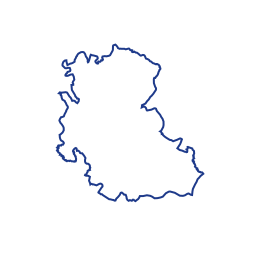 Bo, Southern, Sierra Leone (Mercator projection), rotated 120°
{"feature_id": "65957751B93581480515289", "entity_name": "Bo", "entity_type": "district", "adm_level": 2, "iso_a3": "SLE", "parent_name": "Sierra Leone", "parent_adm1": "Southern", "projection": "mercator", "projection_center": [-11.769, 7.985], "detail": "fine", "context": "isolated", "style": "outline", "palette": "blue", "viewbox_px": 256, "rotation_deg": 120, "n_neighbors": 0, "source": "geoboundaries", "source_scale": "gbopen_adm2", "svg_char_len": 5901}
<svg xmlns="http://www.w3.org/2000/svg" viewBox="0 0 256 256"><g transform="rotate(120 128 128)"><path d="M168.1,183.8L170.5,182.1L171.7,180.8L172.2,179.9L172.3,177.3L173.1,176.0L174.8,175.9L175.4,176.9L176.6,177.1L176.8,178.0L177.4,178.3L177.6,179.2L178.0,179.6L178.4,179.6L178.3,179.2L179.2,178.6L179.2,179.4L180.1,179.3L180.5,179.5L180.8,178.2L182.0,178.3L182.3,177.6L183.1,178.0L183.6,176.3L184.0,176.1L183.9,174.5L184.7,173.7L185.2,173.6L184.4,172.5L184.7,171.9L185.4,171.6L184.8,170.9L184.8,170.5L185.6,170.1L185.0,169.6L185.7,168.7L186.3,168.9L187.0,168.9L187.4,166.2L186.9,166.0L186.8,165.4L187.3,164.9L187.3,164.3L186.8,164.1L186.1,163.1L185.9,162.2L185.5,162.1L185.1,161.7L185.0,160.0L184.4,159.1L184.1,157.8L183.5,157.7L183.2,156.7L182.3,156.7L181.6,157.2L180.8,157.4L179.5,158.7L178.7,159.1L178.7,159.9L177.8,160.9L177.6,161.8L176.3,162.2L175.8,162.8L176.1,163.1L175.6,163.3L175.6,164.0L174.9,164.3L173.2,164.1L172.2,163.8L171.4,163.2L171.5,162.3L173.3,160.8L172.5,159.7L172.7,158.2L173.6,156.9L173.3,155.8L172.8,155.0L174.1,151.9L175.3,149.8L176.8,149.4L178.3,148.6L179.3,147.6L179.6,146.1L178.9,144.7L179.1,143.8L179.0,143.5L179.4,142.5L180.2,141.8L181.0,141.5L181.3,140.8L182.7,140.7L183.3,140.0L183.9,140.7L184.3,140.7L184.6,141.2L185.5,141.5L186.3,141.0L187.8,141.1L189.3,140.8L189.8,141.7L190.4,141.6L190.3,140.4L189.6,139.3L189.3,138.4L189.3,136.6L193.1,135.4L194.7,133.3L195.7,132.4L195.1,132.2L194.5,131.5L194.6,130.5L194.1,129.8L193.4,126.6L190.6,124.8L189.8,123.8L189.8,122.4L190.3,121.5L191.5,120.8L192.9,121.1L198.5,121.5L198.8,121.1L198.7,119.7L199.0,118.5L198.4,117.5L198.7,116.2L199.1,108.7L198.6,107.7L197.9,105.2L197.5,104.4L197.7,103.5L197.1,102.6L195.1,102.8L193.0,102.2L190.3,101.7L187.8,101.9L187.0,101.1L187.3,99.7L187.2,99.2L187.7,98.1L187.0,96.6L188.3,95.0L189.8,93.8L190.6,92.4L190.7,91.0L189.5,90.3L189.1,88.3L187.8,88.1L187.3,87.2L187.6,86.2L187.6,85.0L185.5,84.2L184.6,83.7L182.8,83.5L181.0,83.7L179.5,81.0L176.8,78.0L175.6,74.8L175.4,72.7L175.6,69.9L174.0,67.4L171.8,65.0L170.0,63.5L165.6,62.6L162.8,60.9L162.0,59.9L160.7,55.1L160.7,49.3L159.3,46.5L157.9,45.1L155.3,43.7L154.4,42.7L154.4,40.1L154.0,39.0L150.6,40.5L148.4,41.3L143.3,41.7L140.3,41.7L138.4,42.0L137.5,42.1L135.2,41.5L133.3,41.2L130.0,39.9L129.6,40.8L129.4,41.7L130.1,42.8L129.9,43.4L130.4,44.2L130.4,45.5L129.8,45.8L129.6,46.1L129.9,46.4L129.4,47.7L128.6,47.5L128.3,47.8L128.7,48.5L128.3,49.2L128.0,50.7L127.0,50.8L126.6,51.2L125.7,52.4L125.8,52.8L125.1,54.0L124.8,54.2L124.7,53.6L124.3,53.8L124.2,54.5L124.5,54.8L124.3,55.3L124.0,55.2L124.0,54.8L123.6,54.9L123.5,55.3L123.7,55.6L123.5,56.0L122.4,55.7L121.1,56.4L120.9,56.0L120.4,56.7L120.0,56.7L119.7,56.9L119.6,57.6L119.1,57.9L118.5,57.6L118.2,57.8L117.1,57.9L115.3,59.1L114.8,59.6L114.5,61.2L113.6,62.1L114.4,66.1L114.4,66.6L114.6,66.9L115.8,66.1L116.7,66.2L117.1,66.5L117.2,65.8L118.3,65.1L119.2,64.8L119.8,65.4L119.7,66.1L120.2,67.0L120.5,69.8L121.2,72.2L120.9,75.1L115.9,74.8L113.0,75.2L111.9,75.6L111.1,75.5L110.7,75.9L110.8,77.3L111.1,77.8L113.8,79.7L116.9,82.3L116.8,84.4L117.4,85.9L117.3,89.8L117.1,92.0L116.6,94.2L115.8,95.1L116.2,95.6L115.8,95.7L115.8,96.1L115.4,96.2L115.2,96.8L114.8,97.4L114.8,98.4L114.1,98.0L113.4,97.9L109.6,98.0L107.6,98.7L104.6,100.5L102.7,102.8L101.9,104.6L100.5,106.8L98.8,111.6L97.3,113.4L97.3,114.0L97.8,115.1L100.4,116.9L103.3,120.2L103.2,120.7L101.6,122.6L101.3,123.9L101.3,124.6L101.9,125.4L103.3,126.4L101.8,126.9L101.3,127.3L98.1,125.1L95.3,124.9L92.9,124.3L89.8,124.2L88.5,123.7L85.8,123.2L81.1,122.9L80.2,123.2L79.5,123.7L78.7,125.1L76.2,128.0L72.9,130.0L72.0,130.3L71.4,130.3L71.0,129.4L69.3,129.4L68.9,129.1L66.7,128.9L65.8,129.2L65.1,129.2L64.6,129.5L62.4,129.6L62.2,129.8L60.6,129.5L60.0,129.9L59.4,131.3L58.7,131.3L57.9,133.1L58.0,133.7L58.0,134.8L58.3,135.3L58.7,135.4L59.0,136.1L59.0,137.3L59.4,138.9L58.9,141.3L59.2,142.3L58.6,143.7L58.5,144.4L58.6,145.8L58.9,147.2L57.3,149.3L57.0,149.9L56.9,150.9L57.4,151.8L58.9,153.0L59.0,153.8L58.5,156.1L58.3,157.9L58.8,159.0L58.7,160.8L59.4,161.1L59.9,161.8L60.0,162.2L60.0,162.6L58.6,163.1L58.6,163.5L59.4,164.7L59.3,165.4L58.8,166.2L58.7,166.8L58.9,167.2L61.0,169.3L61.2,170.7L62.6,173.1L63.0,174.1L63.6,174.8L63.7,175.6L63.8,176.6L63.1,177.6L62.4,179.3L62.1,180.6L63.7,182.0L64.5,182.0L67.8,180.2L68.7,180.0L73.9,179.9L75.0,180.6L76.7,182.5L77.4,184.1L78.8,185.8L80.1,185.5L81.1,184.0L81.9,183.9L82.3,184.0L82.7,185.1L83.9,185.0L84.4,185.1L84.8,185.5L85.1,186.7L85.7,186.9L86.7,186.9L87.1,186.2L87.3,186.3L87.6,187.1L87.6,187.8L86.9,189.4L85.9,189.7L84.0,189.1L83.3,189.0L82.6,189.1L81.7,190.1L81.5,190.7L82.5,194.4L82.9,195.3L83.1,196.8L83.9,196.8L88.9,195.5L90.7,195.3L91.1,195.5L90.7,196.1L89.2,196.8L87.6,198.9L87.2,200.1L85.4,202.1L84.9,203.1L84.5,204.3L85.0,205.5L85.9,206.7L88.5,208.2L90.3,208.4L91.4,208.2L91.9,208.5L93.4,208.2L95.7,208.2L97.3,207.4L99.4,208.5L100.4,209.3L101.1,210.2L103.8,211.9L101.5,214.3L100.2,215.2L101.0,216.3L102.7,217.0L103.6,217.0L105.5,216.6L106.7,215.9L107.6,212.4L107.2,211.4L105.9,210.0L105.1,208.5L106.0,207.4L106.7,206.8L107.6,206.6L109.1,207.7L109.6,208.4L111.1,208.3L111.8,208.7L113.5,208.7L113.9,208.2L113.4,206.9L112.6,206.0L110.4,204.4L109.2,202.8L110.7,200.6L113.0,198.7L115.3,198.8L116.4,198.6L117.1,197.5L118.0,197.0L119.0,198.5L123.1,195.6L125.5,191.2L126.3,189.9L127.0,189.4L127.3,187.9L128.0,186.7L127.5,185.9L127.6,184.9L129.5,184.1L131.8,184.3L131.8,186.0L131.2,187.6L131.4,188.7L132.4,189.9L131.2,191.5L130.4,192.8L129.9,194.6L127.8,198.4L128.1,199.8L130.7,203.3L131.3,204.9L132.4,205.1L131.9,203.8L132.4,203.5L132.4,202.9L133.3,202.6L133.5,201.6L134.7,200.8L136.2,199.0L136.2,196.3L136.8,195.6L137.3,194.5L138.7,192.7L139.5,190.9L140.6,190.2L143.9,190.2L144.4,189.9L147.9,189.8L150.0,189.4L151.3,190.4L152.2,191.4L154.7,191.4L155.9,191.1L157.4,188.9L157.9,187.3L159.1,184.9L160.0,183.8L162.1,182.5L164.6,182.4L167.4,183.3L168.1,183.8Z" fill="none" stroke="#1e3a8a" stroke-width="2"/></g></svg>